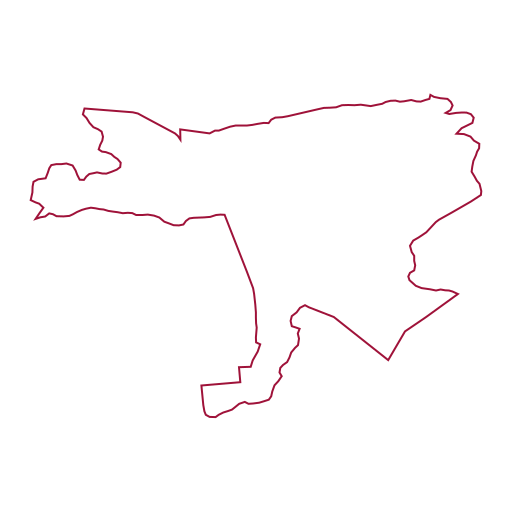 outline of Patos, Paraíba, Brazil
{"feature_id": "56859067B38677350755307", "entity_name": "Patos", "entity_type": "district", "adm_level": 2, "iso_a3": "BRA", "parent_name": "Brazil", "parent_adm1": "Paraíba", "projection": "orthographic", "projection_center": [-37.346, -7.03], "detail": "fine", "context": "isolated", "style": "outline", "palette": "rose", "viewbox_px": 512, "rotation_deg": 0, "n_neighbors": 0, "source": "geoboundaries", "source_scale": "gbopen_adm2", "svg_char_len": 3134}
<svg xmlns="http://www.w3.org/2000/svg" viewBox="0 0 512 512"><path d="M457.9,294.0L452.5,291.5L449.0,290.5L445.2,290.3L440.6,289.5L436.0,290.5L430.1,289.3L421.6,288.1L415.8,285.8L409.5,280.2L408.3,276.5L410.0,272.8L414.2,270.4L415.2,265.3L414.2,260.9L414.2,255.8L411.7,252.1L410.0,245.8L413.2,240.6L418.4,237.6L421.9,235.3L426.3,232.3L435.8,222.1L439.0,219.7L451.7,212.6L470.8,201.6L480.9,195.0L481.3,191.1L479.5,183.8L476.9,180.8L474.6,176.6L471.6,171.7L472.3,166.5L473.4,160.9L475.9,155.4L477.1,151.7L479.1,148.3L479.3,143.8L473.9,140.6L470.5,136.6L464.0,134.1L456.5,133.7L461.6,128.2L472.4,122.9L473.7,117.7L470.9,114.2L466.5,112.6L462.2,112.5L456.1,112.9L449.3,114.0L445.7,112.9L450.5,110.1L452.6,105.5L450.9,102.0L447.5,98.9L440.3,98.2L434.0,96.9L430.4,94.9L429.4,98.9L425.7,99.9L420.7,101.6L416.5,101.4L411.2,100.0L404.0,101.3L399.9,101.7L395.4,100.6L390.5,100.8L385.6,102.0L382.2,103.8L377.0,104.8L370.7,106.1L366.5,105.5L360.8,104.7L354.5,105.2L348.3,105.0L342.0,105.2L336.1,107.3L329.9,107.7L323.9,107.9L317.6,109.3L287.9,116.2L282.3,117.2L275.3,117.6L271.2,119.7L268.6,123.1L263.8,122.9L257.5,123.9L252.3,124.9L247.2,125.5L240.4,125.5L235.8,125.5L230.1,126.7L223.9,128.8L218.8,130.6L215.0,130.6L209.6,133.4L180.2,129.4L180.4,139.7L177.9,136.0L175.0,133.4L144.7,117.2L137.9,113.5L132.8,112.3L84.5,108.5L82.9,114.4L86.5,118.0L89.5,122.9L93.4,127.2L98.0,129.2L101.6,131.6L103.0,136.7L102.3,140.6L100.2,144.8L98.7,149.4L102.0,151.6L105.8,152.1L111.3,154.1L114.3,156.9L117.5,159.0L120.7,162.7L120.2,167.1L116.7,169.7L111.5,171.8L106.4,173.6L102.3,173.5L97.0,172.4L93.4,173.2L89.3,174.0L86.3,176.6L83.9,179.9L79.7,179.7L77.3,175.0L75.6,170.5L72.6,165.5L66.4,163.5L61.6,164.1L56.5,164.1L51.3,165.1L49.3,168.2L47.7,173.0L45.6,178.3L38.2,179.3L33.5,181.8L32.6,186.6L32.4,192.5L30.7,200.1L35.6,202.4L39.2,203.7L43.4,207.7L39.6,213.0L35.6,218.9L40.4,217.3L45.2,216.5L49.2,213.4L52.9,214.2L56.5,216.2L63.6,216.4L69.4,215.9L72.9,214.3L77.0,212.0L81.9,209.9L86.0,208.7L90.9,207.7L95.5,208.3L99.5,209.1L103.6,209.5L108.3,210.9L113.0,211.6L117.6,212.2L122.8,213.2L127.8,212.8L132.3,213.1L136.1,215.0L142.6,215.0L147.8,214.6L154.0,215.6L159.3,217.5L164.3,221.7L168.7,223.3L173.6,225.2L179.0,225.4L183.4,224.5L185.9,221.0L189.4,218.4L193.7,217.8L198.7,217.6L203.9,217.4L210.2,216.9L216.1,215.0L220.5,214.6L224.6,214.8L247.0,272.0L253.1,288.2L254.1,293.8L255.3,304.7L255.9,312.4L255.9,317.7L256.1,323.4L256.7,327.6L255.9,337.5L256.1,342.4L260.2,344.3L257.7,351.6L252.7,360.4L250.7,366.8L239.0,367.2L240.3,382.2L201.4,385.5L203.3,405.1L204.4,411.3L205.8,414.8L209.6,416.9L215.6,417.1L218.7,414.8L223.3,412.5L228.1,411.0L232.0,409.6L234.9,407.3L239.2,403.8L244.8,401.9L248.5,403.8L253.1,403.5L259.2,402.7L263.8,401.3L268.8,399.7L271.2,396.3L272.3,391.4L274.5,385.3L278.3,381.2L281.7,376.2L279.5,372.5L280.3,367.9L283.1,364.9L287.1,362.1L289.5,357.4L291.2,352.5L295.0,347.9L298.0,345.1L299.0,338.6L297.8,333.5L299.6,328.8L295.6,327.4L291.8,326.2L290.6,320.9L291.8,316.1L296.6,312.4L300.0,307.8L305.0,305.2L308.9,307.3L333.8,317.0L388.2,360.1L405.0,331.4L415.6,324.2L426.3,316.9L457.9,294.0Z" fill="none" stroke="#9f1239" stroke-width="2"/></svg>